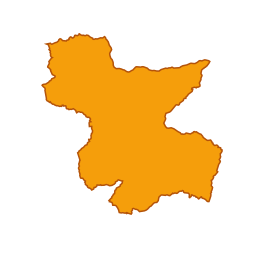 the district of Monghsat, Shan, Myanmar, rotated 102°
{"feature_id": "60261553B30377978208155", "entity_name": "Monghsat", "entity_type": "district", "adm_level": 2, "iso_a3": "MMR", "parent_name": "Myanmar", "parent_adm1": "Shan", "projection": "albers", "projection_center": [98.999, 20.355], "detail": "fine", "context": "isolated", "style": "filled", "palette": "amber", "viewbox_px": 256, "rotation_deg": 102, "n_neighbors": 0, "source": "geoboundaries", "source_scale": "gbopen_adm2", "svg_char_len": 5785}
<svg xmlns="http://www.w3.org/2000/svg" viewBox="0 0 256 256"><g transform="rotate(102 128 128)"><path d="M62.8,225.2L63.0,224.0L62.8,223.2L63.3,223.2L66.2,221.3L66.9,221.1L67.6,221.6L68.3,220.9L68.3,220.2L69.2,219.8L70.3,220.0L71.2,219.2L73.4,218.8L74.6,217.7L74.9,216.7L75.4,217.3L79.4,219.2L81.0,218.4L84.5,219.3L85.1,219.2L86.0,217.3L87.2,215.7L88.0,215.7L91.5,213.1L92.2,210.3L93.1,209.9L94.1,210.5L95.7,212.8L97.6,213.4L98.4,214.6L99.6,215.0L102.2,217.7L102.7,219.4L103.4,220.6L104.1,220.9L105.1,219.6L106.3,217.5L107.4,217.0L108.3,217.1L115.9,214.0L117.2,213.8L118.2,212.8L118.4,211.7L118.8,211.2L118.8,210.5L119.2,209.8L118.7,209.3L119.2,209.0L120.4,206.7L120.2,205.7L120.8,204.2L121.1,202.3L120.8,201.4L121.1,199.2L120.7,198.6L120.7,197.6L120.1,197.1L119.4,197.1L119.2,196.0L119.9,195.6L119.3,193.8L119.4,193.3L121.6,192.4L122.0,191.6L121.7,190.6L122.3,189.6L121.7,188.5L121.5,187.0L120.5,185.5L121.7,182.7L122.9,182.2L123.8,181.3L122.7,180.5L122.3,179.6L122.2,178.9L122.5,178.0L122.2,176.3L123.0,174.7L123.8,173.9L124.3,172.1L125.6,171.4L126.0,169.5L125.6,168.5L126.4,167.1L127.1,166.5L128.7,167.1L129.6,165.7L130.2,167.0L131.2,167.1L134.6,166.1L134.0,163.8L136.2,163.4L138.0,162.1L140.0,161.9L141.1,162.6L142.0,162.4L142.8,162.7L144.7,162.1L146.1,162.0L147.3,163.2L147.3,164.0L147.9,164.0L148.9,162.8L150.8,164.5L152.9,164.6L153.8,166.2L156.2,167.5L157.8,169.2L159.0,169.6L160.8,171.2L161.5,171.1L162.7,172.1L169.6,168.2L170.2,168.5L172.3,168.4L172.7,168.7L174.3,168.4L175.3,167.6L177.0,168.1L178.0,167.9L178.6,167.5L179.0,166.9L180.6,166.8L183.1,165.4L184.4,165.3L186.5,164.2L186.9,163.7L186.6,161.8L188.1,160.2L188.8,158.6L189.7,158.7L190.0,159.0L190.7,158.3L192.1,157.9L193.0,155.8L193.6,155.7L194.4,154.9L194.8,154.0L194.6,153.4L194.9,152.7L195.7,150.9L196.2,150.7L196.1,150.4L194.8,148.9L193.2,148.8L192.9,147.6L191.5,146.5L190.2,146.4L189.9,144.1L189.2,142.9L189.7,142.5L188.9,139.4L187.8,137.5L187.9,135.5L188.3,134.2L187.9,132.8L187.4,131.7L185.8,129.8L184.4,128.9L183.3,129.0L182.0,127.4L180.7,126.8L181.1,123.3L180.9,122.3L183.3,122.3L185.5,123.8L186.2,123.5L186.8,123.8L188.8,126.4L189.4,126.9L190.8,126.9L191.6,127.7L192.2,127.8L195.0,127.5L195.8,128.5L197.1,128.7L198.6,129.5L199.9,129.4L200.3,130.0L202.8,131.5L203.0,130.7L203.9,130.9L204.1,128.4L204.9,127.6L206.7,126.9L206.3,124.4L206.6,123.4L208.5,121.4L210.1,120.2L212.5,119.0L212.5,117.0L211.9,115.4L212.0,114.0L211.7,112.5L211.0,111.7L211.0,111.4L211.8,111.3L211.3,110.4L211.6,107.0L210.3,106.5L208.7,107.3L207.5,106.6L206.0,106.8L205.5,105.8L206.0,103.8L205.8,102.8L206.1,101.3L207.4,99.4L205.6,94.7L204.5,93.1L203.3,92.0L200.4,90.3L199.6,89.2L196.5,87.4L195.5,86.5L194.8,84.3L192.8,83.3L189.3,83.4L187.1,82.0L186.5,81.2L186.1,77.3L185.5,76.6L185.2,75.6L185.5,74.7L185.5,73.0L184.7,72.5L183.8,71.5L182.5,70.8L182.7,70.0L181.8,68.6L181.8,66.8L181.3,66.0L179.5,64.8L179.0,63.9L178.7,62.5L177.9,61.8L178.0,61.0L179.3,60.1L179.6,59.4L179.2,55.5L180.2,54.1L182.9,53.8L183.3,53.4L183.2,53.0L182.5,52.8L182.0,52.1L180.2,51.8L180.2,51.0L180.8,49.8L180.5,49.1L180.8,48.0L181.1,47.2L181.5,47.1L181.4,46.3L181.8,45.4L182.7,44.3L182.6,44.0L180.2,42.2L180.1,41.8L181.0,41.2L181.3,40.0L181.2,39.4L181.9,37.2L183.1,35.6L183.4,34.5L183.1,33.5L177.6,32.9L176.0,33.0L174.9,33.6L173.7,33.0L172.6,33.4L171.3,33.0L168.6,32.9L167.8,33.6L167.3,34.5L166.2,34.7L164.5,34.5L161.9,35.7L161.2,34.8L160.2,34.4L158.6,34.0L157.9,34.5L157.1,34.3L156.0,33.0L152.5,31.2L152.0,31.2L151.9,31.8L151.2,32.3L144.7,31.7L142.6,30.9L141.3,30.8L139.8,32.2L138.4,31.6L136.8,31.4L136.3,31.8L133.9,32.4L133.3,31.9L131.5,31.2L129.9,31.4L129.8,32.5L128.1,33.3L128.0,35.0L128.2,35.8L127.5,35.7L127.0,36.1L126.2,37.5L126.3,38.0L127.1,39.4L126.9,40.1L126.0,41.5L125.2,41.7L124.9,42.7L124.0,43.1L122.6,44.7L123.6,47.4L123.4,48.6L121.6,52.5L120.7,53.1L118.9,55.4L118.8,56.8L117.9,59.5L117.5,60.1L117.9,61.3L117.7,62.3L117.9,62.8L118.3,63.2L119.1,63.4L119.4,64.1L120.9,65.8L120.8,69.8L121.0,70.3L122.1,71.1L122.7,72.9L122.5,73.3L122.9,74.6L121.8,75.9L121.2,78.2L119.2,83.0L118.8,85.8L119.8,88.4L119.9,90.0L118.7,91.7L115.8,94.0L111.7,93.1L110.6,93.2L109.3,94.2L105.8,94.0L103.7,90.5L102.3,89.4L95.7,86.0L95.1,85.2L95.2,83.7L95.0,83.2L94.3,82.7L92.9,82.6L89.6,79.6L88.4,79.6L87.3,79.0L87.0,77.6L85.5,77.7L84.0,76.5L82.6,76.1L78.9,72.9L77.0,72.7L76.9,73.8L75.9,73.9L75.4,73.4L75.4,72.9L74.8,72.4L74.3,71.3L74.5,69.6L74.0,69.5L73.2,67.4L72.0,66.3L70.8,66.6L69.1,67.6L65.6,66.7L64.1,67.0L61.5,66.5L60.9,66.7L60.0,67.7L59.3,68.0L55.9,68.0L54.5,67.0L53.9,66.2L53.2,66.0L52.3,64.8L51.4,64.3L51.0,63.8L47.8,62.3L45.9,61.8L45.4,63.1L45.3,66.3L45.5,67.4L47.0,69.7L47.1,71.4L47.4,72.3L49.3,73.8L51.0,75.8L51.4,77.8L51.5,79.5L51.8,80.4L54.1,83.6L55.7,87.3L57.1,89.1L57.8,89.5L58.5,90.8L59.9,95.8L59.4,97.0L59.4,97.7L60.3,98.9L60.7,100.6L61.6,102.0L61.6,103.6L64.0,107.8L65.8,109.4L66.3,111.7L66.3,114.5L66.9,116.3L66.8,118.9L66.6,119.8L65.5,121.4L64.9,125.4L65.1,126.9L65.8,128.2L66.3,132.3L66.8,133.2L70.4,135.4L71.1,136.5L72.6,138.0L73.2,139.4L73.1,141.0L72.0,143.8L72.1,144.9L71.7,146.6L71.6,148.9L72.4,151.9L71.4,154.2L69.8,155.4L66.9,156.2L65.6,157.0L64.4,157.8L63.4,159.3L60.8,160.8L59.1,161.4L58.1,161.3L54.8,160.3L53.1,161.2L50.9,163.5L47.9,165.2L46.1,167.1L45.8,167.9L44.1,168.9L43.5,170.0L45.2,171.5L45.5,173.6L47.3,176.5L47.5,178.4L48.4,179.7L48.4,180.7L47.5,181.2L47.0,183.7L45.7,186.1L45.7,187.8L46.5,188.7L46.7,189.9L46.4,190.6L46.9,191.3L46.7,191.7L47.0,192.4L46.5,194.3L46.0,194.9L46.1,195.4L47.0,195.4L48.2,196.7L48.2,198.8L48.7,199.1L48.7,199.4L50.0,199.5L51.5,200.7L51.4,201.6L50.9,202.1L50.9,203.3L52.5,204.3L53.2,204.0L53.5,204.5L54.1,204.5L54.8,206.0L55.7,206.4L56.1,210.2L55.0,211.8L54.8,213.0L56.0,214.0L57.1,214.0L59.0,215.5L59.6,216.8L61.9,219.9L61.8,220.6L61.2,221.5L62.8,225.2Z" fill="#f59e0b" stroke="#b45309" stroke-width="1.5"/></g></svg>